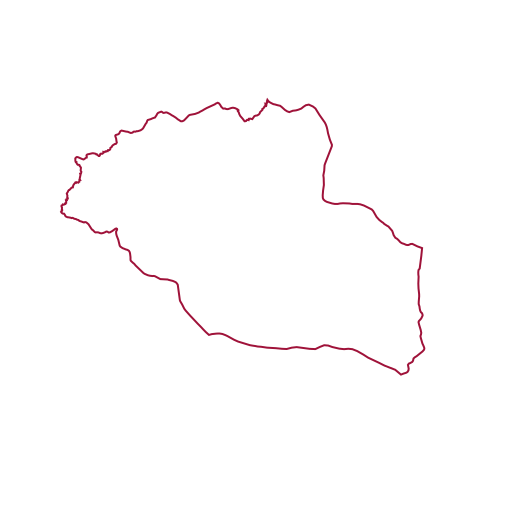 Chamkar Leu, Kâmpóng Cham, Cambodia, rotated 331°
{"feature_id": "14789045B22200339041976", "entity_name": "Chamkar Leu", "entity_type": "district", "adm_level": 2, "iso_a3": "KHM", "parent_name": "Cambodia", "parent_adm1": "Kâmpóng Cham", "projection": "robinson", "projection_center": [105.255, 12.251], "detail": "fine", "context": "isolated", "style": "outline", "palette": "rose", "viewbox_px": 512, "rotation_deg": 331, "n_neighbors": 0, "source": "geoboundaries", "source_scale": "gbopen_adm2", "svg_char_len": 6036}
<svg xmlns="http://www.w3.org/2000/svg" viewBox="0 0 512 512"><g transform="rotate(331 256 256)"><path d="M341.7,124.9L340.6,125.9L340.5,127.0L339.9,127.1L339.6,127.6L339.0,127.8L338.3,127.4L338.4,128.4L337.7,128.5L338.1,129.2L337.5,129.8L336.4,129.4L335.7,129.4L335.1,130.0L334.6,130.2L333.5,130.5L332.8,130.5L332.4,131.3L329.2,132.2L328.3,133.1L326.9,133.6L325.0,133.6L323.9,133.1L322.4,132.9L319.1,134.5L317.4,132.9L316.7,133.0L316.2,132.6L315.4,133.6L314.3,132.6L313.6,132.7L312.9,133.1L312.2,133.0L311.3,132.6L310.9,129.5L310.1,125.8L310.2,123.6L310.6,122.0L310.3,120.5L310.5,119.9L311.3,119.8L310.9,118.7L309.5,116.7L308.1,115.4L307.4,115.0L306.2,114.6L302.9,114.0L302.0,113.6L301.0,112.8L300.4,111.9L299.3,111.5L298.7,111.1L297.9,108.4L298.0,107.3L297.7,104.8L297.4,104.2L296.8,103.4L294.4,103.2L293.6,103.4L292.4,103.3L284.6,102.7L281.5,102.7L279.8,102.8L277.0,102.7L275.5,102.8L271.6,102.2L266.5,100.5L265.3,100.5L262.2,101.5L258.9,102.5L257.2,102.5L256.2,102.1L255.4,101.5L255.1,100.7L253.9,98.6L252.9,96.1L251.5,93.5L250.7,92.3L249.5,90.0L247.8,87.5L247.0,86.8L245.2,86.3L244.3,85.9L243.6,84.4L243.1,83.8L240.3,83.4L239.5,83.4L238.1,84.0L236.9,84.9L235.8,85.3L235.0,85.9L232.1,85.4L230.5,85.3L227.2,84.6L226.3,85.1L224.9,86.4L223.8,86.8L219.3,89.5L218.2,89.9L216.0,90.1L213.9,89.7L213.1,89.5L212.0,88.9L211.0,88.9L210.3,88.5L209.8,88.1L209.0,87.9L208.2,88.2L207.2,88.1L206.0,87.6L204.1,85.2L202.7,84.2L199.2,81.1L198.4,81.1L197.6,81.2L195.9,82.4L195.1,82.7L194.4,82.7L192.0,82.2L191.4,82.4L191.0,83.1L190.6,85.5L189.5,88.3L189.4,89.1L188.6,89.7L187.7,90.0L187.0,89.6L186.2,89.7L185.5,89.6L183.8,89.9L182.6,90.7L181.1,90.8L180.3,91.9L179.7,92.2L179.0,92.3L177.9,91.6L177.4,91.9L177.1,92.4L175.6,91.6L175.1,92.0L174.5,91.7L173.9,91.3L173.3,91.6L172.9,91.1L172.6,91.7L171.8,92.0L170.8,92.0L170.4,91.5L169.7,91.2L169.2,91.3L168.2,92.3L167.5,92.6L166.9,92.3L166.6,91.3L166.1,90.4L166.1,89.8L165.5,89.6L165.3,88.8L163.8,87.5L162.7,86.8L157.7,85.4L156.8,85.6L156.4,86.0L156.2,87.0L155.7,87.8L155.1,87.6L154.2,87.8L152.1,88.0L151.2,87.2L148.3,83.4L147.4,82.6L146.4,82.6L145.3,83.0L144.1,85.3L143.9,86.4L144.5,86.8L144.1,87.6L144.1,88.5L144.2,89.4L144.5,90.0L145.1,90.2L145.6,90.7L145.7,91.3L145.4,91.9L145.7,93.1L145.7,93.9L144.1,96.2L144.0,96.9L144.1,97.6L143.5,98.4L142.7,99.1L142.1,98.8L141.8,100.0L139.6,102.5L139.0,103.4L139.0,104.2L138.4,103.9L137.5,105.4L136.7,105.4L136.2,105.7L134.9,104.5L134.1,104.8L133.7,104.1L133.0,104.5L132.2,104.7L130.4,105.6L130.1,106.1L129.5,106.5L129.1,107.2L128.2,106.9L127.6,106.9L124.8,107.8L124.2,107.6L123.4,108.0L122.5,108.7L120.8,109.6L120.3,111.8L119.3,113.2L119.5,114.0L119.2,114.6L117.8,114.5L117.6,115.4L116.8,115.1L116.5,116.2L115.7,117.5L115.2,117.3L114.6,117.4L114.4,118.1L112.8,117.9L112.0,117.2L111.4,117.7L110.4,117.6L110.0,118.1L109.8,118.8L109.9,119.4L109.1,120.7L108.8,121.8L108.2,121.8L108.1,122.5L106.9,122.9L107.0,124.0L107.4,125.0L107.9,125.5L108.6,125.9L108.8,127.1L108.7,128.1L108.7,128.8L109.0,129.5L109.9,130.7L110.8,131.3L112.5,132.7L113.0,133.4L113.9,133.6L114.4,134.1L115.1,135.3L116.5,136.5L117.1,137.5L118.2,138.5L118.5,139.7L120.4,141.6L120.7,142.2L121.3,142.6L121.8,143.3L122.8,143.4L123.5,143.9L124.0,144.6L124.9,147.0L125.2,152.1L125.4,153.4L125.9,154.3L126.6,156.9L127.0,157.5L128.8,158.4L129.6,159.0L130.8,160.5L131.9,161.3L133.6,161.8L136.1,162.1L136.8,162.0L137.4,162.3L137.9,162.8L138.6,164.1L139.7,164.5L142.4,164.5L146.2,164.0L147.2,164.2L147.6,164.9L147.3,165.6L145.4,166.9L144.5,168.8L144.0,170.7L143.4,175.1L141.8,180.9L141.9,182.0L143.1,184.4L144.6,186.2L145.0,186.8L146.6,188.4L147.4,189.9L147.4,191.5L147.0,192.9L145.7,196.1L144.3,198.7L144.2,199.5L145.0,202.1L145.7,203.8L146.1,206.0L149.3,216.4L150.0,217.7L152.1,220.4L153.6,221.8L155.8,223.4L156.6,223.7L157.4,224.3L157.9,224.8L161.1,229.8L167.3,233.7L168.1,234.6L171.1,237.4L172.6,239.3L173.3,240.5L173.5,241.7L173.6,242.5L173.6,243.3L168.0,257.7L167.8,258.8L167.9,262.6L167.7,267.3L168.0,269.6L169.6,276.7L170.0,278.2L172.2,286.9L173.6,291.9L174.2,294.4L175.2,298.1L176.6,302.2L179.5,302.9L184.0,304.8L186.5,306.1L188.8,307.9L190.9,310.4L192.2,312.2L196.2,318.6L198.8,322.1L204.4,327.9L207.4,331.0L209.5,332.7L211.6,334.3L213.6,336.0L216.5,337.9L221.2,341.5L228.6,346.2L233.8,349.8L237.7,352.2L242.8,353.5L247.4,355.4L257.9,363.2L262.8,366.2L267.8,366.5L272.4,367.1L275.7,369.3L278.6,372.6L283.9,377.4L287.9,380.2L291.8,381.9L295.1,384.2L298.4,388.2L302.0,394.1L304.8,399.3L311.7,408.9L315.3,414.2L322.6,423.0L325.3,430.0L328.2,430.4L330.5,430.9L332.2,430.9L333.8,430.0L334.9,428.6L336.1,424.9L337.5,424.2L338.9,424.4L341.3,424.4L342.6,423.7L344.1,422.0L345.7,421.6L347.9,421.5L355.4,420.2L357.6,419.4L358.4,418.5L358.7,417.6L359.0,415.2L359.1,413.3L360.4,407.6L361.0,405.7L362.2,404.7L363.3,403.3L364.2,400.5L365.4,395.0L366.1,392.6L366.9,391.9L370.1,390.8L372.3,389.3L373.1,388.5L373.5,386.6L373.0,385.2L373.1,383.4L373.7,381.4L374.5,379.4L375.0,376.9L376.3,374.7L379.1,370.5L380.2,368.4L382.4,363.2L384.6,358.8L388.2,352.9L389.0,350.9L390.1,348.8L391.3,347.1L393.1,346.3L400.6,336.1L405.1,329.6L401.8,325.8L398.6,321.2L397.1,320.5L394.7,320.3L393.7,319.8L392.7,319.0L391.1,316.9L390.2,316.0L389.6,315.2L388.9,313.8L388.4,311.5L387.8,309.5L386.7,307.6L386.5,304.5L387.0,302.1L387.3,300.0L386.1,294.3L385.5,293.5L383.6,289.9L383.4,288.8L382.6,287.3L381.3,284.2L380.4,280.3L380.3,273.4L379.8,271.4L377.5,268.0L374.8,264.1L372.2,261.3L370.2,259.8L365.4,257.1L363.1,255.3L357.6,252.0L355.0,250.8L352.8,250.1L350.2,248.7L348.1,247.0L344.2,243.0L343.1,241.3L342.4,239.3L342.6,237.6L343.8,235.2L346.4,231.3L349.8,226.8L353.0,220.6L354.0,218.1L357.0,214.5L360.0,209.8L361.3,208.6L375.5,196.8L376.3,195.6L377.0,190.1L378.5,183.6L379.7,180.0L380.4,177.4L380.8,174.9L380.9,172.6L379.9,163.5L379.5,155.8L378.3,152.9L375.6,149.2L372.7,148.3L370.0,148.5L367.1,149.0L364.0,148.6L361.5,148.0L358.6,146.8L354.9,146.3L353.4,144.6L352.1,142.2L350.7,138.1L349.9,136.3L348.0,134.6L346.0,132.6L344.8,131.6L343.5,129.7L342.5,128.1L341.9,126.5L341.7,124.9Z" fill="none" stroke="#9f1239" stroke-width="2"/></g></svg>